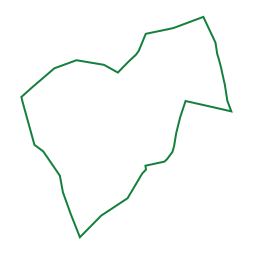 outline of Airag, Dornogovi, Mongolia, rotated 176°
{"feature_id": "93677404B77823966409702", "entity_name": "Airag", "entity_type": "district", "adm_level": 2, "iso_a3": "MNG", "parent_name": "Mongolia", "parent_adm1": "Dornogovi", "projection": "orthographic", "projection_center": [109.177, 45.635], "detail": "fine", "context": "isolated", "style": "outline", "palette": "green", "viewbox_px": 256, "rotation_deg": 176, "n_neighbors": 0, "source": "geoboundaries", "source_scale": "gbopen_adm2", "svg_char_len": 663}
<svg xmlns="http://www.w3.org/2000/svg" viewBox="0 0 256 256"><g transform="rotate(176 128 128)"><path d="M222.5,117.7L214.2,110.6L199.3,85.2L197.4,68.4L191.3,46.7L183.6,22.4L160.8,42.5L133.3,58.0L117.0,81.6L113.0,85.2L113.2,89.2L94.1,91.9L91.3,94.1L85.3,101.1L83.3,106.7L80.3,119.4L75.2,135.1L68.7,150.9L23.8,137.4L27.0,148.1L28.4,164.8L29.1,168.8L29.5,171.9L29.8,173.8L30.4,177.5L30.7,180.3L32.7,191.0L33.8,195.4L34.8,207.1L45.1,233.6L75.9,224.5L103.7,220.7L111.9,204.2L114.8,200.7L122.0,194.9L129.6,188.2L134.2,184.0L147.6,192.7L174.7,199.2L197.3,192.7L220.3,175.6L232.2,166.4L231.4,161.6L222.5,117.7Z" fill="none" stroke="#15803d" stroke-width="2"/></g></svg>